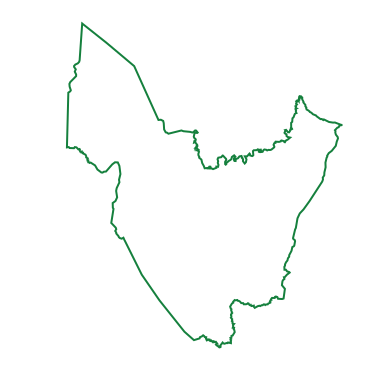 Nsama, Northern, Zambia, rotated 279°
{"feature_id": "96606910B46360514720663", "entity_name": "Nsama", "entity_type": "district", "adm_level": 2, "iso_a3": "ZMB", "parent_name": "Zambia", "parent_adm1": "Northern", "projection": "orthographic", "projection_center": [30.06, -8.814], "detail": "fine", "context": "isolated", "style": "outline", "palette": "green", "viewbox_px": 384, "rotation_deg": 279, "n_neighbors": 0, "source": "geoboundaries", "source_scale": "gbopen_adm2", "svg_char_len": 5994}
<svg xmlns="http://www.w3.org/2000/svg" viewBox="0 0 384 384"><g transform="rotate(279 192 192)"><path d="M101.1,299.1L110.9,298.9L114.0,295.4L118.0,295.3L119.2,295.7L120.6,296.9L122.1,296.2L122.2,296.8L125.2,298.7L127.7,301.1L128.1,300.7L128.5,298.3L129.9,296.9L129.7,295.5L132.5,294.9L133.9,295.4L135.1,295.2L137.4,295.9L139.3,297.0L141.5,297.1L143.3,298.1L144.8,297.9L149.5,299.5L153.3,299.7L154.4,301.1L155.1,301.4L159.6,301.5L160.6,301.0L161.3,299.6L162.2,299.0L171.1,299.7L172.8,300.2L182.5,300.3L187.7,301.8L192.3,304.9L201.4,309.5L222.7,319.0L224.9,319.4L226.7,318.9L229.1,320.0L232.1,319.7L237.3,320.1L241.9,319.2L247.0,319.6L248.1,320.1L248.9,319.8L251.8,321.0L254.5,323.6L260.1,326.8L264.5,327.1L267.7,327.8L269.1,327.3L271.2,325.1L273.3,324.2L274.6,324.2L275.4,323.5L278.3,325.5L278.9,326.7L280.6,327.2L281.7,330.0L281.7,328.5L283.0,322.3L282.6,320.4L282.6,316.4L284.3,310.9L283.6,310.4L284.4,308.7L284.1,307.5L286.3,303.2L287.0,302.5L287.7,299.3L289.0,297.5L289.5,295.8L290.0,295.5L290.8,294.0L291.4,292.3L292.8,291.6L293.4,291.7L294.3,290.6L295.7,290.4L297.9,288.0L298.6,288.0L300.7,286.4L302.6,286.1L303.0,285.3L302.5,285.0L303.1,284.2L303.5,284.3L303.5,283.6L302.8,283.6L302.8,283.0L301.5,283.0L301.3,283.7L300.5,283.6L300.3,283.2L299.6,283.5L299.2,283.0L298.7,283.1L299.2,282.6L298.7,282.4L299.0,282.1L298.8,281.4L298.2,281.0L297.8,281.4L297.6,280.9L297.1,281.3L295.8,281.0L295.2,281.6L295.1,281.2L294.1,281.6L293.3,281.3L293.0,280.9L292.7,281.4L291.1,281.2L290.9,282.1L290.5,281.5L289.6,281.4L289.1,282.0L288.0,281.9L286.3,282.8L286.1,282.2L285.1,281.3L281.7,280.6L280.5,279.7L277.0,280.0L275.8,279.1L271.6,279.8L270.6,279.6L270.4,280.7L269.9,281.0L268.4,279.1L267.4,279.2L266.1,278.5L266.2,277.3L268.1,275.2L267.7,274.3L267.3,274.7L264.9,274.1L264.1,275.1L263.8,276.3L262.1,276.6L261.3,277.9L261.1,280.4L259.0,278.6L257.3,276.5L255.7,276.0L255.7,275.5L256.6,274.8L256.9,272.4L256.6,271.9L255.9,271.8L255.1,270.1L254.8,266.7L254.2,266.4L253.6,266.7L253.0,265.6L251.3,265.2L249.8,266.2L249.0,266.2L246.3,263.8L245.7,262.6L245.6,261.0L244.8,259.7L245.3,258.7L245.3,256.8L244.6,256.1L242.7,255.4L242.0,252.9L242.2,251.7L242.9,251.5L243.1,252.8L244.0,253.6L244.6,253.3L244.2,252.4L244.4,250.2L243.8,249.8L243.3,248.8L242.9,246.5L241.9,245.8L238.0,246.8L237.3,246.4L236.9,245.8L237.2,243.7L238.7,243.2L239.0,242.8L235.8,240.8L235.5,238.7L232.8,240.7L229.9,240.6L228.4,239.6L230.4,237.5L232.4,237.3L233.0,236.5L233.9,236.3L233.8,235.8L235.3,235.2L234.6,233.3L232.5,232.1L231.4,230.1L229.4,230.2L229.3,229.1L230.4,228.3L231.8,228.2L233.7,229.3L234.8,227.9L232.8,225.9L230.9,225.8L229.8,225.1L228.2,223.2L226.8,222.2L226.3,221.1L224.9,221.5L224.3,221.0L224.7,220.4L226.9,220.0L229.1,220.8L230.0,220.5L232.8,216.9L232.8,216.5L231.0,215.5L230.0,212.6L228.4,212.1L226.5,213.0L224.8,212.9L222.9,213.9L221.0,213.8L220.9,212.1L219.7,212.3L217.9,209.2L218.3,207.9L218.0,205.6L219.0,206.7L219.9,206.2L219.9,205.7L219.7,205.1L218.5,204.7L217.4,200.8L219.7,199.5L222.1,197.6L225.5,196.2L227.0,193.7L227.9,193.7L229.1,192.7L230.5,192.3L232.8,192.6L233.4,191.8L234.1,192.0L234.0,190.7L234.8,191.6L235.9,189.9L235.5,189.2L236.5,189.6L236.3,188.6L237.5,189.3L237.2,189.7L238.2,190.1L238.8,190.0L239.1,189.4L239.5,189.6L241.4,187.6L241.7,187.1L241.2,186.3L242.7,186.4L243.0,187.4L244.4,187.5L245.1,187.0L245.3,186.2L246.8,185.1L250.6,185.3L251.1,186.4L251.1,187.8L251.6,188.3L253.3,186.5L253.3,185.5L251.3,183.9L250.8,183.0L251.1,180.8L250.7,174.1L251.1,171.9L245.9,159.6L246.7,158.0L246.8,156.7L249.4,154.7L255.6,153.3L257.7,152.4L258.5,149.9L257.9,147.6L307.3,115.2L325.9,84.3L341.2,57.2L304.6,60.4L302.9,60.2L301.2,59.1L299.6,56.8L297.9,55.8L296.9,56.1L295.0,58.0L292.5,57.4L289.9,59.2L288.3,59.4L281.6,54.6L279.6,54.0L276.8,54.7L273.5,56.4L272.4,56.0L270.8,54.3L216.5,61.5L217.1,63.2L216.3,64.2L216.8,68.6L218.0,69.2L218.0,70.9L216.4,73.0L216.9,74.2L216.5,74.6L215.7,74.4L214.4,75.3L214.7,76.7L213.8,76.6L213.8,78.2L213.1,78.2L212.2,81.0L210.6,82.0L209.6,82.1L208.9,83.8L207.7,83.5L206.7,83.9L206.9,84.6L205.2,84.9L205.3,85.6L204.7,86.2L205.2,87.3L203.1,92.1L199.4,95.1L197.1,99.4L197.2,100.7L198.2,101.7L198.8,103.9L206.8,108.9L209.3,111.3L209.6,114.1L206.4,116.2L198.5,118.5L192.6,118.0L190.3,118.8L184.0,117.0L181.2,116.9L175.0,118.9L171.1,117.8L168.7,115.4L164.0,116.3L163.1,117.1L148.8,117.1L144.8,122.3L143.4,123.0L141.5,122.3L140.1,123.5L139.1,123.7L137.0,126.2L135.9,126.9L135.2,128.0L134.9,129.9L136.1,131.4L134.0,132.8L134.1,133.2L133.9,132.9L102.5,155.3L79.9,176.8L52.8,206.4L46.0,217.1L48.6,222.4L50.0,222.7L50.8,224.2L52.2,225.4L51.6,226.6L50.8,227.2L50.8,228.7L49.6,228.6L48.4,229.4L49.0,229.6L48.2,230.4L49.0,231.3L49.0,232.1L48.3,232.1L47.8,233.0L47.7,233.9L48.4,234.1L47.2,235.8L47.9,235.9L48.0,236.4L47.7,236.7L47.8,237.2L47.2,237.5L47.8,239.0L46.7,240.1L46.6,239.6L45.1,240.0L44.9,239.7L44.3,240.4L44.6,241.4L43.8,241.7L42.8,243.3L43.1,244.0L44.0,243.9L44.0,244.3L44.8,244.0L48.1,245.8L47.4,246.6L47.2,247.7L48.3,250.0L48.3,250.8L49.0,251.1L48.8,254.1L50.6,253.8L50.8,253.5L51.9,253.8L52.3,253.1L53.3,253.3L53.8,252.9L54.1,253.7L56.1,253.5L56.6,254.6L60.3,256.1L62.4,255.3L62.9,254.7L64.4,254.8L64.3,253.5L66.0,253.7L66.9,253.3L68.2,254.1L68.2,253.0L68.5,252.6L70.0,252.4L70.3,251.6L70.0,251.2L71.2,251.9L72.0,251.5L72.7,251.6L73.9,250.1L74.4,250.4L75.7,250.3L76.0,249.9L77.0,249.7L78.5,250.5L78.6,250.1L79.6,250.2L81.2,249.2L82.4,249.3L82.8,248.6L84.8,247.6L88.1,248.9L89.2,250.1L90.0,249.8L91.9,251.0L91.7,251.5L92.4,253.6L91.8,254.1L91.8,255.1L91.3,256.5L90.0,258.0L90.2,260.0L89.2,260.7L89.6,263.0L90.1,264.0L90.8,264.5L90.8,265.2L89.4,266.5L89.1,267.9L89.4,268.0L88.7,268.6L89.4,270.8L88.5,270.9L87.4,272.1L89.5,274.8L90.2,276.3L90.0,277.2L91.1,278.6L91.2,279.5L92.2,280.3L92.3,281.3L91.8,282.0L92.5,282.8L92.9,284.4L93.7,284.7L95.0,286.7L95.9,286.6L96.1,286.1L96.9,286.3L97.8,286.7L97.9,287.2L98.6,286.9L99.9,287.6L100.3,290.2L100.8,290.7L101.5,290.5L101.9,291.2L101.6,292.7L100.0,293.7L100.4,297.8L101.1,299.1Z" fill="none" stroke="#15803d" stroke-width="2"/></g></svg>